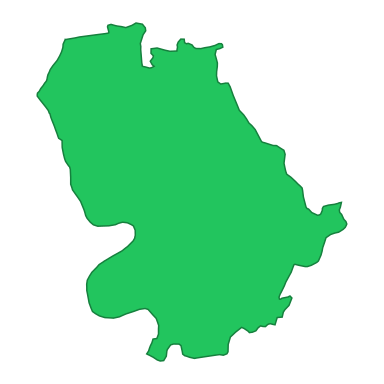 outline of Al-Shuhada, Al Minufiyah, Egypt
{"feature_id": "37247803B57305898539534", "entity_name": "Al-Shuhada", "entity_type": "district", "adm_level": 2, "iso_a3": "EGY", "parent_name": "Egypt", "parent_adm1": "Al Minufiyah", "projection": "mercator", "projection_center": [30.864, 30.601], "detail": "fine", "context": "isolated", "style": "filled", "palette": "green", "viewbox_px": 384, "rotation_deg": 0, "n_neighbors": 0, "source": "geoboundaries", "source_scale": "gbopen_adm2", "svg_char_len": 4465}
<svg xmlns="http://www.w3.org/2000/svg" viewBox="0 0 384 384"><path d="M341.4,202.4L339.0,202.9L338.0,203.4L334.5,204.3L328.5,205.1L323.5,206.5L322.4,208.4L322.3,210.4L320.8,213.9L319.7,214.8L317.7,215.3L315.3,214.2L311.8,212.6L308.5,209.0L307.7,208.8L307.0,208.5L306.0,207.0L304.3,200.5L303.4,197.0L302.6,190.5L302.1,188.0L300.2,186.0L297.8,183.9L295.9,181.9L291.0,177.3L286.7,174.2L285.7,171.2L284.9,167.7L284.0,163.2L285.1,154.3L283.9,150.3L280.5,148.2L278.0,146.6L276.6,145.6L273.1,145.5L264.7,142.8L262.3,142.2L261.3,141.2L255.2,129.6L252.5,126.4L251.7,125.5L248.9,123.0L246.5,118.9L243.7,114.9L239.3,110.3L237.5,105.8L233.3,95.7L230.1,86.7L229.3,85.3L228.2,83.2L225.7,83.1L223.7,83.5L220.7,84.0L217.8,81.9L216.5,75.9L216.6,73.0L216.6,71.9L217.3,66.5L217.4,63.0L216.5,59.5L215.1,54.5L216.3,49.5L219.8,48.6L222.8,47.2L222.4,44.7L221.4,43.7L218.9,43.6L214.9,45.5L213.0,46.0L209.9,46.9L204.9,47.7L200.9,48.6L195.9,48.5L193.9,47.4L192.0,44.9L188.1,43.3L186.6,43.8L184.6,42.7L184.2,39.2L180.8,39.1L178.2,42.1L177.1,45.0L177.5,47.0L177.0,50.0L176.9,51.0L170.0,51.3L165.0,50.2L157.1,48.0L151.1,48.8L151.0,53.3L152.4,54.8L153.4,55.8L152.9,57.8L150.3,61.2L152.2,64.7L154.1,66.3L151.6,67.7L149.6,68.1L145.6,67.0L143.2,66.5L142.2,66.0L142.2,65.0L141.8,63.0L141.4,58.0L140.7,49.5L140.8,46.5L140.3,43.5L143.1,34.7L145.7,30.8L145.3,27.8L144.0,26.2L142.4,24.2L136.0,23.0L131.9,25.4L125.8,27.6L121.4,26.6L117.0,26.0L114.9,25.5L111.0,24.4L108.0,25.3L107.5,26.8L108.8,31.8L108.8,32.8L107.8,33.2L104.8,33.7L98.3,34.5L79.3,37.0L75.3,37.9L65.8,39.5L65.3,39.4L65.3,39.5L65.1,39.8L63.1,44.2L63.1,44.4L63.1,44.6L62.9,47.4L62.1,50.1L61.5,52.0L59.7,55.9L57.1,60.5L52.8,65.8L51.3,68.0L50.3,69.5L49.2,72.2L47.9,74.8L47.9,75.0L47.6,76.0L47.4,76.9L47.0,79.3L46.3,81.2L45.3,82.4L44.7,83.1L43.2,85.5L40.8,88.5L39.2,91.4L37.5,93.1L37.2,94.9L37.3,96.2L40.4,100.3L45.9,107.2L48.3,110.5L49.3,113.2L49.9,113.7L50.9,117.4L51.8,119.8L54.4,126.3L55.2,128.6L55.4,129.2L57.2,134.0L57.9,136.2L58.7,138.3L62.1,140.5L62.1,140.8L62.1,142.1L62.2,147.2L62.3,148.0L63.5,154.2L64.6,158.6L65.6,161.4L68.5,165.7L69.6,166.9L70.3,169.3L70.7,177.6L70.7,177.8L70.7,184.3L71.9,187.6L72.5,189.8L74.9,193.2L75.3,193.8L77.4,196.7L80.0,200.5L80.6,201.4L83.5,208.5L84.0,209.7L84.8,212.2L85.7,215.6L87.1,218.3L90.3,222.2L93.4,224.8L97.7,226.2L108.9,225.8L115.4,224.7L118.5,223.3L122.6,222.2L127.4,222.8L129.2,223.6L130.6,224.3L130.9,224.4L131.1,224.5L131.3,224.6L133.4,225.9L135.2,230.2L135.2,230.3L135.3,235.3L134.9,236.9L134.7,238.2L133.1,241.0L128.1,246.0L127.9,246.3L125.6,248.0L122.0,250.9L113.0,255.9L111.0,257.1L105.0,260.7L104.3,261.1L104.1,261.2L104.0,261.4L99.1,264.6L96.3,267.9L96.1,268.0L91.8,272.4L89.5,276.1L87.3,280.2L86.7,284.2L86.7,284.8L86.8,287.4L86.8,290.5L87.6,294.5L89.1,302.8L91.2,308.5L92.5,311.5L95.4,313.6L99.4,315.9L104.9,317.6L110.7,317.9L113.5,318.1L119.5,316.8L122.3,315.5L126.0,313.9L133.7,311.4L139.5,309.3L145.1,308.5L148.1,309.4L150.3,311.9L153.0,315.0L156.2,318.4L157.5,322.0L158.7,325.5L158.5,328.7L158.5,331.0L158.5,331.8L158.5,334.1L157.5,336.8L156.8,338.5L156.6,338.5L156.4,338.6L155.6,338.7L154.6,338.8L153.0,339.1L152.7,340.2L152.0,342.5L151.9,342.8L150.5,345.6L150.0,346.9L149.7,347.6L148.6,351.0L146.7,353.9L148.0,354.6L149.4,355.2L151.4,356.3L152.4,356.8L153.3,357.3L157.2,359.9L160.2,361.0L163.7,360.6L165.2,358.1L166.3,356.2L166.9,350.7L167.5,349.3L170.6,344.9L173.6,344.0L179.1,344.1L181.0,345.6L182.3,351.6L182.7,354.1L184.7,355.7L186.6,356.2L189.6,357.3L193.2,358.1L194.5,358.4L196.5,358.0L201.7,357.2L215.8,355.1L219.5,354.6L223.4,355.2L226.9,353.8L228.0,351.8L228.2,344.4L230.4,337.0L233.0,334.6L235.5,332.2L241.6,327.4L244.1,328.5L248.0,331.1L249.4,332.6L252.4,332.2L255.9,330.8L257.0,329.3L258.0,327.9L260.5,325.9L263.0,326.5L265.5,326.6L267.0,325.1L268.4,324.1L270.5,323.7L272.5,324.3L275.0,324.8L277.2,317.5L282.2,317.1L283.3,312.2L284.9,309.7L289.0,305.4L291.9,298.0L290.0,296.0L289.0,296.4L288.5,296.9L282.0,298.2L280.5,299.2L279.5,299.2L279.0,297.2L280.1,294.2L281.2,292.2L284.3,285.9L285.9,281.9L289.6,275.1L291.2,272.2L292.8,267.7L293.7,265.4L293.9,264.8L294.9,264.3L299.3,265.4L305.3,266.6L307.3,266.6L311.3,265.3L315.5,263.1L316.8,262.4L318.4,261.0L321.0,255.1L322.1,251.1L322.7,247.7L324.4,242.8L326.0,237.7L330.6,234.5L334.6,233.1L338.6,232.2L340.1,231.3L343.1,229.4L345.2,227.4L346.2,225.5L346.8,224.0L345.9,221.5L343.9,219.4L342.5,216.4L341.6,214.4L339.7,212.4L339.3,209.9L340.3,207.4L341.4,202.4Z" fill="#22c55e" stroke="#15803d" stroke-width="1.5"/></svg>